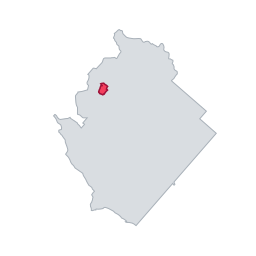 location of Al Lagowa, South Kordufan, Sudan, rotated 131°
{"feature_id": "16777658B4481857181861", "entity_name": "Al Lagowa", "entity_type": "district", "adm_level": 2, "iso_a3": "SDN", "parent_name": "Sudan", "parent_adm1": "South Kordufan", "projection": "mercator", "projection_center": [29.243, 11.301], "detail": "fine", "context": "in_parent", "style": "filled", "palette": "rose", "viewbox_px": 256, "rotation_deg": 131, "n_neighbors": 0, "source": "geoboundaries", "source_scale": "gbopen_adm2", "svg_char_len": 4554}
<svg xmlns="http://www.w3.org/2000/svg" viewBox="0 0 256 256"><g transform="rotate(131 128 128)"><path d="M167.7,192.1L165.8,192.1L165.6,191.7L165.6,190.4L165.8,189.4L166.5,187.9L166.3,187.1L166.5,185.9L165.9,184.6L161.3,180.7L160.4,179.7L158.0,178.7L158.4,177.6L157.4,169.7L157.9,168.8L158.0,167.4L158.0,166.2L158.6,164.1L158.7,163.3L153.8,163.2L153.7,164.1L153.9,165.1L153.9,165.4L147.1,165.5L149.8,168.6L149.9,170.0L149.8,171.7L149.8,172.7L150.0,173.5L150.7,174.8L150.7,175.1L150.5,175.4L145.6,179.6L144.8,181.5L144.2,182.5L142.8,184.2L138.4,188.6L137.6,188.9L134.3,189.0L133.9,189.2L133.7,189.4L130.6,186.7L125.8,183.6L122.6,185.2L121.7,185.8L121.7,187.3L121.2,188.1L120.3,188.9L118.0,189.4L116.7,189.9L115.3,190.7L113.8,192.1L113.7,192.9L113.9,193.5L105.7,193.5L105.2,193.0L104.0,190.7L103.1,190.8L95.7,190.5L94.6,190.8L92.5,191.7L91.4,191.9L90.3,191.4L86.4,186.9L85.5,186.3L84.6,185.2L83.8,184.7L83.5,184.4L83.4,183.9L83.4,182.9L83.2,182.3L82.6,182.1L77.3,183.2L76.5,183.1L75.4,183.2L75.0,183.4L74.6,184.0L74.5,185.3L74.4,185.9L74.0,186.6L72.5,188.2L72.1,188.9L72.2,190.6L72.1,191.4L71.9,191.8L71.2,192.5L71.0,192.9L70.7,195.1L69.9,196.4L69.7,196.9L69.7,197.8L69.5,198.1L67.1,198.9L66.3,199.3L65.7,200.1L65.6,200.4L64.6,200.1L63.3,199.9L60.8,199.7L59.8,199.4L59.3,198.8L59.4,197.5L59.2,197.2L58.8,197.0L58.5,196.4L58.6,195.7L59.9,194.2L60.2,193.4L60.5,189.5L60.4,188.3L59.4,186.2L57.0,182.4L56.4,181.7L53.4,178.6L53.1,178.2L52.3,176.9L53.1,174.0L53.2,173.2L53.0,172.4L52.2,171.8L51.5,171.7L50.7,171.0L50.1,170.6L49.6,170.0L49.2,169.0L49.5,165.6L49.3,165.2L48.5,165.1L48.3,164.8L48.4,164.2L48.0,162.3L47.5,160.7L47.8,159.8L47.1,158.6L45.9,158.1L43.5,158.5L42.8,158.4L42.2,158.2L41.9,157.7L41.7,157.2L41.9,156.4L42.5,155.0L43.4,153.8L45.1,152.7L45.6,152.2L45.8,151.5L45.9,150.8L45.8,150.0L45.6,149.3L45.1,148.4L44.6,147.3L44.6,146.6L44.8,146.0L45.3,145.4L47.0,144.1L48.7,143.1L49.0,142.7L48.9,142.3L48.1,141.4L47.9,139.8L47.4,138.6L48.3,137.7L49.0,137.4L50.0,137.1L50.4,136.8L50.5,136.1L50.5,135.4L50.8,134.9L51.3,133.8L51.7,133.3L53.1,132.1L53.4,131.3L53.5,130.5L53.1,128.1L53.9,127.1L54.9,126.3L56.3,126.4L58.5,126.2L60.0,125.9L61.1,125.9L63.5,126.3L63.8,126.1L63.9,125.5L63.9,79.9L74.0,79.9L74.1,57.9L138.2,57.9L138.7,57.8L139.7,55.7L140.2,55.6L140.8,55.7L141.0,56.2L140.5,57.9L196.4,57.9L196.5,60.4L197.0,62.4L198.6,65.3L199.9,66.8L200.4,67.7L200.5,68.1L200.4,68.5L200.0,68.0L199.3,67.8L199.2,69.1L199.5,71.8L200.1,73.8L199.7,75.5L199.7,78.6L200.5,82.1L200.3,84.4L201.5,89.8L202.6,92.7L203.2,93.5L203.9,93.9L205.3,94.1L207.2,95.6L208.8,97.2L209.4,98.0L210.1,98.9L210.6,98.8L211.0,98.5L211.5,99.3L213.9,100.8L214.3,101.6L213.4,102.3L212.4,103.5L211.9,104.7L211.6,105.0L210.8,105.8L210.6,106.1L210.3,106.3L209.9,106.4L209.1,106.7L208.3,106.6L207.5,106.8L207.2,107.1L206.6,107.3L205.8,107.5L204.5,108.4L203.4,108.9L203.0,109.3L202.4,111.2L202.0,111.7L200.3,111.8L199.5,112.0L198.4,111.8L197.8,111.8L197.7,112.2L197.5,113.8L197.5,114.6L196.6,116.4L196.9,120.0L196.0,122.6L195.8,123.2L194.9,125.3L194.5,126.1L193.3,130.0L192.8,131.1L191.9,132.4L192.9,141.7L192.0,144.6L192.1,146.1L191.5,148.4L191.0,149.4L190.3,150.7L189.7,152.1L189.1,154.0L188.8,157.6L188.6,157.9L185.6,158.3L184.7,158.6L184.1,159.0L183.3,159.9L181.8,162.4L181.0,163.9L179.8,166.0L178.3,167.5L178.0,168.2L177.8,169.5L177.3,171.6L176.8,173.1L176.9,174.3L176.4,176.4L176.5,177.5L176.0,178.0L175.3,178.6L174.8,178.7L172.8,177.3L171.3,178.3L170.4,179.6L169.7,181.0L170.1,183.9L170.1,184.5L169.9,185.2L168.5,188.0L168.1,189.3L167.7,191.6L167.7,192.1Z" fill="#d9dde1" stroke="#a8b0b8" stroke-width="1"/><path d="M120.2,171.0L120.2,170.9L120.1,170.7L119.9,170.2L119.8,169.9L119.7,169.6L119.6,169.2L119.4,168.9L119.4,168.7L119.2,168.7L118.9,168.7L118.4,168.7L118.2,168.7L117.9,168.3L117.9,168.2L117.3,168.3L116.9,168.4L116.3,168.4L115.8,168.5L115.2,168.5L114.4,168.5L113.8,168.4L113.3,168.4L112.8,168.3L112.7,168.5L112.7,169.0L112.9,169.7L112.2,170.1L111.2,170.5L110.5,170.6L110.0,170.6L109.9,171.8L109.9,172.5L110.1,173.1L110.2,173.9L110.2,174.9L110.1,175.7L110.7,176.3L111.6,177.1L112.5,177.6L112.7,176.9L113.0,176.0L112.9,175.4L113.1,175.3L113.3,175.5L113.6,175.9L113.8,176.2L114.6,176.0L115.1,175.7L115.7,175.6L115.9,175.4L116.2,175.1L116.8,175.0L117.7,174.8L118.0,174.7L118.5,174.5L118.8,174.4L119.0,174.2L119.5,174.1L119.6,173.9L119.8,173.9L119.9,173.7L120.0,173.6L120.3,173.4L120.3,173.2L120.2,172.7L120.3,172.6L120.4,172.3L120.5,172.2L120.6,171.9L120.5,171.7L120.4,171.6L120.3,171.3L120.3,171.2L120.2,171.1L120.2,171.0Z" fill="#f43f5e" stroke="#9f1239" stroke-width="1.5"/></g></svg>